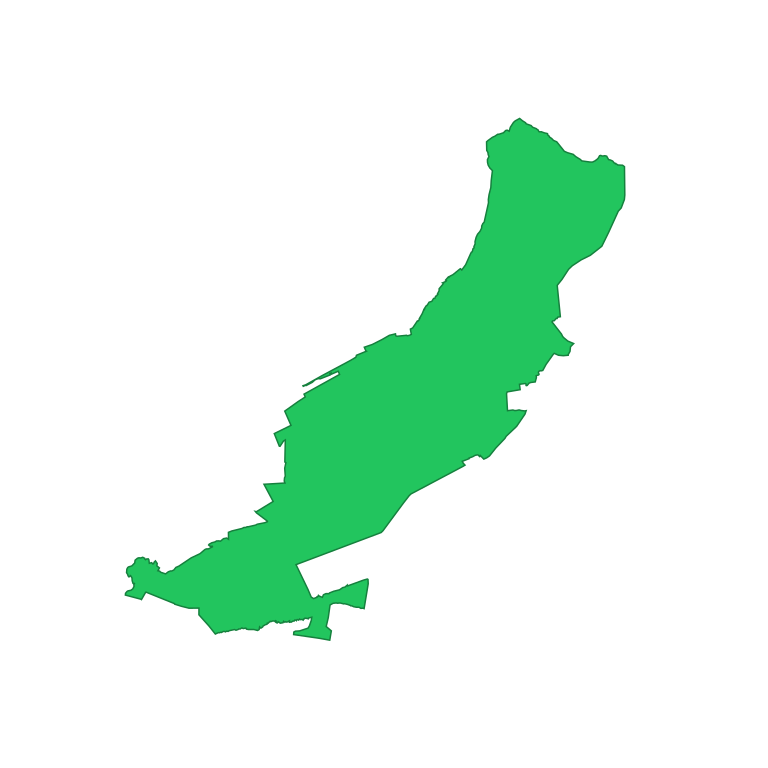 outline of Flamanzi, Botosani, Romania, rotated 115°
{"feature_id": "2599482B79845284556073", "entity_name": "Flamanzi", "entity_type": "district", "adm_level": 2, "iso_a3": "ROU", "parent_name": "Romania", "parent_adm1": "Botosani", "projection": "robinson", "projection_center": [26.986, 47.54], "detail": "fine", "context": "isolated", "style": "filled", "palette": "green", "viewbox_px": 768, "rotation_deg": 115, "n_neighbors": 0, "source": "geoboundaries", "source_scale": "gbopen_adm2", "svg_char_len": 6118}
<svg xmlns="http://www.w3.org/2000/svg" viewBox="0 0 768 768"><g transform="rotate(115 384 384)"><path d="M567.9,315.9L567.8,316.7L570.5,319.8L582.6,331.9L582.6,332.2L582.0,332.4L584.6,333.6L586.0,335.4L589.3,337.3L593.1,342.0L596.4,345.1L597.2,345.2L598.5,348.0L600.1,349.4L600.7,349.8L603.4,349.7L603.6,352.9L603.3,354.1L604.3,354.0L605.1,354.8L605.6,354.6L608.2,357.1L607.9,359.9L602.5,365.9L584.9,387.4L519.8,323.8L517.4,322.9L483.8,316.1L474.6,314.0L472.1,313.0L425.4,277.7L423.3,276.3L422.3,278.7L421.0,280.4L415.7,275.3L415.2,275.6L412.3,272.8L410.2,271.3L408.8,269.5L408.6,269.0L409.3,266.6L408.1,266.6L409.9,261.8L407.5,259.7L404.6,258.0L394.7,255.6L382.2,251.4L379.8,251.2L366.4,245.9L351.7,243.5L348.1,243.9L348.9,245.0L350.0,248.3L350.4,250.6L351.9,252.6L352.8,254.2L353.1,256.2L356.0,260.8L340.9,268.9L339.1,269.0L331.6,258.2L327.0,261.1L323.8,256.1L323.9,255.4L325.3,254.6L325.2,254.0L324.7,253.6L321.9,252.9L320.6,251.6L318.2,247.8L313.8,248.6L312.1,249.6L310.5,247.7L309.6,247.6L308.4,248.9L307.4,249.1L306.0,248.3L305.8,247.3L304.6,245.8L297.8,245.4L285.3,243.1L284.3,242.7L284.2,238.0L282.6,233.5L280.1,229.2L279.5,229.5L275.9,229.2L271.4,230.7L267.2,229.2L267.4,235.6L266.1,240.5L265.4,242.2L263.7,244.3L256.7,258.0L255.6,257.8L254.6,256.4L251.9,255.7L251.5,254.8L250.0,254.8L248.5,252.6L221.4,268.7L214.0,266.9L202.1,265.2L197.2,263.3L188.2,257.8L180.0,251.3L167.1,244.8L151.7,244.5L128.4,244.7L124.2,243.4L115.2,244.1L111.0,245.6L85.4,257.9L84.9,260.2L86.7,264.7L86.4,266.1L86.6,267.2L86.2,267.3L86.4,268.7L85.3,271.0L85.3,273.4L85.7,275.3L83.4,278.5L83.8,280.4L84.9,282.0L85.3,283.2L85.2,284.1L86.0,285.1L88.9,285.3L90.2,285.8L92.8,287.2L94.9,289.0L95.8,291.2L98.2,299.0L97.5,301.0L96.9,306.2L95.9,309.6L96.8,315.4L96.9,318.9L91.5,329.8L91.6,333.3L90.7,335.6L90.3,337.5L90.4,338.2L89.6,339.0L89.1,340.8L88.1,341.5L88.0,342.0L88.6,344.6L88.9,348.0L89.6,349.3L89.8,350.2L88.5,352.0L88.6,352.6L88.2,354.0L88.5,357.8L87.6,359.9L88.1,365.0L87.8,365.8L87.4,366.0L86.9,369.9L86.0,373.3L90.1,376.3L92.2,377.2L97.9,378.0L102.0,377.4L101.9,379.7L102.9,380.9L105.8,381.9L109.0,385.3L109.6,386.5L112.5,388.2L114.6,390.0L119.5,392.7L121.2,393.4L128.9,389.6L130.2,387.7L132.1,386.5L133.5,385.0L136.9,385.1L139.3,383.9L141.6,382.1L143.6,379.2L144.8,375.9L154.3,372.8L160.8,370.2L168.0,368.8L172.7,367.4L175.6,365.9L195.0,361.6L196.8,362.2L199.5,362.2L201.5,361.4L205.1,361.5L208.7,362.5L212.1,362.5L216.4,361.7L218.6,360.6L221.4,360.6L222.4,359.9L223.7,360.5L226.8,359.9L227.6,360.5L229.2,360.6L241.4,360.4L247.8,361.7L247.2,363.4L247.5,363.7L255.9,367.8L258.4,369.8L259.9,370.3L259.7,370.9L263.8,372.1L264.0,371.1L264.9,371.3L267.5,373.6L267.5,372.7L269.2,372.9L274.3,374.3L276.1,373.5L279.8,373.6L279.9,373.1L280.4,373.2L282.2,373.7L282.6,374.3L284.9,374.1L285.5,375.2L288.9,375.6L290.8,377.7L294.7,378.2L295.0,378.7L295.9,378.9L299.0,379.3L298.9,378.9L299.8,378.9L300.1,379.3L304.1,379.1L309.6,379.6L309.6,379.3L311.5,379.4L312.8,379.9L312.8,380.4L321.1,381.7L323.1,383.3L327.5,380.2L329.2,381.6L330.5,383.4L330.3,384.1L335.3,392.5L335.3,393.8L333.7,394.8L337.6,399.7L344.7,404.7L353.1,411.3L359.0,417.4L361.5,414.6L361.7,413.8L369.6,421.1L371.6,420.8L377.4,424.8L402.5,443.6L417.8,454.6L419.8,456.7L420.2,456.2L418.4,454.6L418.3,453.9L412.8,449.7L409.5,448.3L408.2,447.2L406.9,445.8L406.2,443.9L398.5,436.6L397.4,437.5L396.3,436.5L397.2,435.7L391.8,430.9L394.1,428.3L427.0,452.2L429.0,449.9L436.2,454.4L450.5,462.5L460.8,450.8L475.3,462.5L484.6,452.6L484.4,451.9L478.2,451.0L476.4,449.8L496.6,440.9L496.7,439.7L502.3,438.4L509.3,434.5L511.1,434.5L514.1,433.4L515.6,431.9L525.6,450.4L537.3,434.8L553.7,445.7L553.9,446.7L554.7,445.1L557.4,432.5L557.7,431.6L558.1,431.5L560.1,433.4L564.7,439.7L566.1,440.7L570.7,446.6L571.3,447.8L572.4,448.6L573.2,450.3L574.9,451.6L581.5,459.8L584.2,462.3L590.4,459.3L590.1,461.5L592.0,464.1L595.6,465.8L595.9,467.2L597.0,469.4L598.7,470.6L600.6,472.9L603.0,474.7L604.0,474.9L604.3,474.2L604.5,472.9L603.6,471.0L604.1,470.7L607.6,473.4L608.6,475.4L609.8,476.4L615.6,479.1L623.1,485.3L635.7,492.9L638.2,495.1L641.5,495.9L643.2,497.4L643.7,498.5L645.3,500.1L648.4,501.7L649.0,506.9L648.4,508.3L648.8,510.0L645.6,509.8L644.8,513.0L642.5,513.7L640.9,516.4L642.5,517.0L644.3,516.9L644.8,517.6L644.1,519.1L645.7,520.9L642.7,522.8L642.1,523.7L642.9,525.2L644.0,525.9L643.8,526.7L643.1,527.2L643.0,529.4L644.5,531.0L645.1,532.7L646.1,533.8L648.9,535.1L651.6,534.3L655.5,535.7L657.6,538.1L658.6,538.7L660.5,538.8L663.8,537.6L664.8,536.0L666.1,534.8L666.6,533.6L664.8,532.7L666.2,530.5L668.7,529.1L670.8,527.2L670.8,526.4L669.8,525.7L671.6,525.9L673.0,525.0L675.9,525.1L677.9,526.2L679.7,528.6L680.6,529.2L682.9,529.8L684.6,529.2L681.8,513.4L681.9,512.7L673.5,512.0L673.2,511.7L671.6,481.1L672.0,480.7L671.1,473.8L669.6,466.0L665.3,457.0L671.4,454.2L677.3,440.4L681.9,431.2L679.4,429.1L679.0,428.0L677.9,426.9L677.9,426.3L676.2,425.1L675.6,423.8L675.7,423.0L674.5,422.1L674.1,420.7L672.9,419.9L669.7,415.7L669.7,414.1L668.2,412.5L667.4,412.1L666.9,410.9L665.1,409.7L665.2,408.3L663.7,406.2L663.7,405.6L664.3,405.1L663.8,403.1L661.5,398.2L660.8,394.4L659.3,393.4L656.7,394.1L657.3,392.4L655.5,391.3L654.5,391.3L652.4,389.9L651.2,388.5L650.0,388.7L649.8,387.9L647.2,386.9L647.3,386.2L645.6,384.5L645.3,383.1L644.3,382.3L644.5,381.3L645.6,381.6L645.8,380.5L645.6,379.7L644.2,379.3L644.6,376.9L643.0,374.6L641.5,374.7L641.8,373.2L641.0,372.7L641.0,371.8L640.3,370.8L638.6,369.6L639.9,369.0L639.8,368.7L639.3,368.3L639.0,367.4L637.3,366.3L636.9,365.3L635.5,365.0L635.3,363.9L635.5,363.4L634.3,363.3L634.0,362.7L634.1,361.7L632.7,361.2L633.0,360.4L632.0,358.7L632.2,357.5L630.9,357.5L630.5,356.9L629.9,356.9L629.3,355.9L628.8,353.4L628.1,353.6L625.9,350.9L629.0,350.0L634.9,349.4L637.4,349.7L643.4,356.1L645.5,359.9L646.9,360.9L649.3,360.0L641.9,335.5L639.1,324.9L630.0,327.4L628.2,333.9L619.2,335.8L607.1,339.5L604.3,337.5L602.5,334.6L602.5,333.9L601.0,331.2L600.3,327.5L599.8,327.0L599.2,324.0L598.9,320.9L599.1,320.4L598.6,319.2L598.7,317.5L598.0,314.7L596.9,312.4L597.1,310.1L596.1,308.4L596.0,307.1L571.7,313.9L567.9,315.9Z" fill="#22c55e" stroke="#15803d" stroke-width="1.5"/></g></svg>